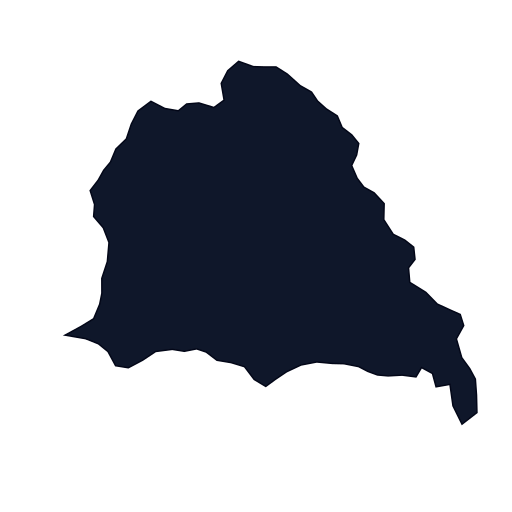 the district of Raposos, Minas Gerais, Brazil, rotated 172°
{"feature_id": "56859067B47566080265166", "entity_name": "Raposos", "entity_type": "district", "adm_level": 2, "iso_a3": "BRA", "parent_name": "Brazil", "parent_adm1": "Minas Gerais", "projection": "robinson", "projection_center": [-43.787, -19.978], "detail": "fine", "context": "isolated", "style": "filled", "palette": "ink", "viewbox_px": 512, "rotation_deg": 172, "n_neighbors": 0, "source": "geoboundaries", "source_scale": "gbopen_adm2", "svg_char_len": 1349}
<svg xmlns="http://www.w3.org/2000/svg" viewBox="0 0 512 512"><g transform="rotate(172 256 256)"><path d="M456.1,204.2L436.4,197.9L424.3,191.0L415.9,182.0L410.3,166.9L398.0,163.1L382.8,168.6L368.7,175.4L351.9,175.2L340.2,171.6L327.7,172.3L318.7,167.8L309.2,158.2L295.5,153.9L282.8,148.0L275.0,134.0L264.5,125.5L254.3,131.0L241.8,137.1L226.6,141.8L210.6,142.6L195.4,139.0L183.9,137.1L169.8,132.2L161.4,126.2L152.3,121.3L141.9,118.9L127.9,117.7L114.4,114.0L107.6,122.5L97.6,115.1L95.9,101.4L81.8,101.9L81.8,80.2L75.4,60.8L59.0,70.2L57.0,87.5L55.9,103.6L60.0,114.7L66.4,126.7L69.1,146.1L60.0,158.2L61.9,169.7L70.7,175.2L83.2,183.2L92.9,196.4L107.4,208.5L106.6,223.1L99.0,230.5L98.6,242.8L106.4,251.0L117.1,258.4L124.4,274.2L121.8,290.0L130.2,302.1L139.6,309.2L145.0,318.9L148.7,332.3L142.3,342.0L138.6,353.1L144.3,362.6L152.8,371.3L156.0,383.4L165.9,391.9L173.5,400.9L178.2,410.6L188.6,418.6L199.7,431.8L209.8,440.4L221.2,442.0L232.3,443.9L246.1,451.2L258.2,443.4L266.4,431.8L265.9,414.8L277.0,408.9L291.2,415.5L303.5,416.2L312.7,410.6L325.8,414.8L338.5,423.8L352.7,416.0L361.1,404.0L368.1,390.0L379.8,381.5L387.1,369.2L394.9,362.1L401.7,353.1L411.1,343.9L408.7,329.5L411.3,317.7L403.3,305.2L399.7,289.8L404.0,271.1L411.8,255.3L413.8,240.6L417.5,230.0L425.5,216.5L439.0,210.6L456.1,204.2Z" fill="#0f172a" stroke="#020617" stroke-width="1.5"/></g></svg>